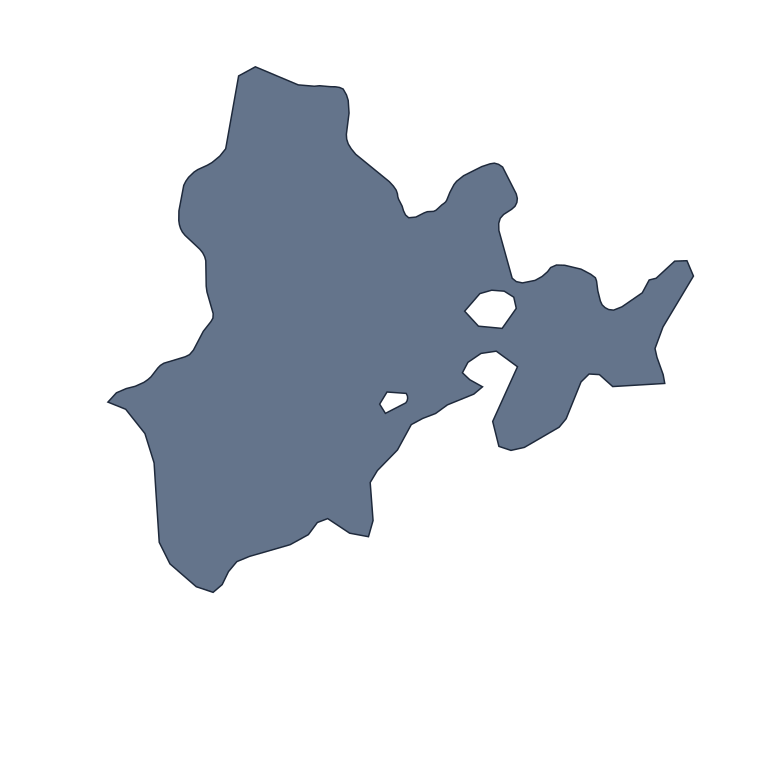 the Province of Tavush, rotated 112°
{"feature_id": "ARM-1670", "entity_name": "Tavush", "entity_type": "Province", "adm_level": 1, "iso_a3": "ARM", "parent_name": "Armenia", "parent_adm1": "", "projection": "equal_earth", "projection_center": [45.046, 40.964], "detail": "fine", "context": "isolated", "style": "filled", "palette": "slate", "viewbox_px": 768, "rotation_deg": 112, "n_neighbors": 0, "source": "natural_earth", "source_scale": "10m", "svg_char_len": 2429}
<svg xmlns="http://www.w3.org/2000/svg" viewBox="0 0 768 768"><g transform="rotate(112 384 384)"><path d="M226.6,146.7L249.6,146.0L257.0,140.9L270.7,128.7L278.3,123.9L300.7,171.0L294.6,187.8L297.9,197.6L308.3,202.1L348.0,202.1L358.4,205.4L390.2,230.1L398.0,241.4L398.8,254.1L378.0,269.2L318.0,266.7L311.5,292.2L319.3,305.5L332.5,314.3L344.2,315.5L347.9,306.1L349.7,291.6L359.7,296.9L379.6,317.4L392.0,325.1L401.4,335.2L411.4,343.5L440.1,346.8L466.7,357.7L480.5,359.9L508.8,345.9L514.7,343.0L531.4,341.2L535.2,360.0L529.9,385.8L537.4,393.9L545.9,396.1L552.0,397.7L568.1,410.8L594.2,444.1L603.8,453.9L616.2,457.9L630.6,458.9L641.2,464.4L642.3,482.1L631.0,515.0L615.0,533.1L567.9,555.8L543.3,567.6L519.5,587.1L504.2,614.0L504.2,633.2L492.4,628.8L484.8,621.3L479.3,613.8L472.4,607.2L468.4,604.6L464.6,602.7L453.9,599.7L450.5,598.3L447.2,595.9L433.2,578.5L429.6,575.3L424.0,573.4L402.9,571.3L390.8,567.8L387.0,567.3L382.8,568.7L365.0,582.6L359.9,585.5L336.5,595.4L333.2,597.9L330.3,601.2L328.0,605.3L320.7,624.2L318.6,627.9L316.0,630.9L312.9,633.4L309.3,635.5L300.3,639.0L274.8,644.1L270.2,643.7L265.5,642.6L258.6,639.5L255.0,637.0L247.4,629.8L243.2,626.5L234.2,621.6L225.2,618.9L152.8,634.2L138.1,622.1L138.8,575.6L134.0,560.1L131.6,555.5L128.4,545.0L126.6,540.3L125.7,536.3L125.8,532.4L130.0,527.1L134.5,523.4L145.9,517.9L166.7,512.4L171.0,510.3L174.8,507.1L178.2,502.5L181.6,496.3L194.4,454.9L197.0,449.4L199.7,445.3L202.6,442.8L205.3,441.3L207.3,439.6L212.3,433.8L216.1,430.8L219.2,427.4L220.6,423.4L217.3,417.0L210.3,410.9L208.0,408.4L205.3,402.6L203.3,400.8L196.1,397.4L194.3,396.2L192.2,395.1L190.1,394.7L181.7,394.7L172.8,393.8L168.8,392.6L161.0,388.2L145.8,374.8L140.1,368.1L137.9,364.4L137.4,360.1L138.4,355.3L158.2,332.6L162.0,329.9L165.9,328.8L170.1,329.1L174.2,331.1L182.0,336.6L186.8,338.3L192.1,337.8L198.6,335.0L237.9,304.8L239.5,299.7L238.4,293.5L231.3,282.7L225.1,277.7L218.6,274.4L213.6,273.1L209.1,268.7L206.2,260.9L203.7,244.3L204.8,233.4L206.3,227.8L208.9,225.5L217.6,220.6L226.1,214.4L228.9,211.4L230.4,207.6L230.8,203.6L229.5,198.8L223.3,192.3L202.7,178.7L188.2,177.1L184.0,171.3L161.2,160.5L156.2,149.3L168.0,137.5L226.6,146.7ZM286.3,336.5L295.0,318.1L288.2,295.3L264.3,289.7L254.9,296.2L252.9,307.3L256.7,319.3L264.3,329.0L286.3,336.5ZM404.3,380.5L410.7,371.7L393.3,356.7L390.8,356.3L388.4,356.7L386.3,357.8L384.4,359.9L390.3,378.2L404.3,380.5Z" fill="#64748b" stroke="#1e293b" stroke-width="1.5"/></g></svg>